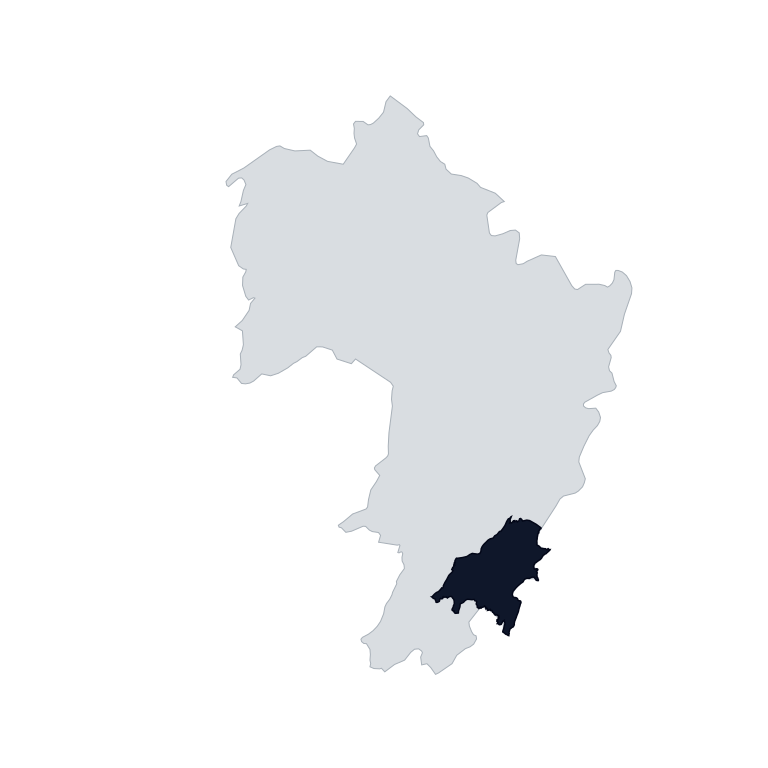 location of Beyla, Beyla, Guinea, rotated 34°
{"feature_id": "49546643B61238663992809", "entity_name": "Beyla", "entity_type": "district", "adm_level": 2, "iso_a3": "GIN", "parent_name": "Guinea", "parent_adm1": "Beyla", "projection": "equal_earth", "projection_center": [-8.173, 8.91], "detail": "fine", "context": "in_parent", "style": "filled", "palette": "ink", "viewbox_px": 768, "rotation_deg": 34, "n_neighbors": 0, "source": "geoboundaries", "source_scale": "gbopen_adm2", "svg_char_len": 9784}
<svg xmlns="http://www.w3.org/2000/svg" viewBox="0 0 768 768"><g transform="rotate(34 384 384)"><path d="M453.5,513.3L448.4,512.3L446.2,513.6L439.4,524.2L435.3,528.3L429.1,527.0L426.8,527.8L425.1,526.6L427.4,520.8L430.7,509.3L439.0,497.7L439.2,495.2L435.8,488.5L432.3,479.2L432.3,469.3L431.6,462.2L424.3,460.2L423.0,459.0L422.8,456.6L426.9,444.2L427.3,441.7L426.8,439.5L422.3,433.2L415.3,421.5L403.3,397.6L398.8,392.5L394.6,385.2L392.9,380.6L388.5,378.9L346.4,379.2L345.6,385.4L331.1,389.6L322.2,384.8L312.3,387.6L307.4,390.8L303.6,404.8L301.5,407.8L299.3,414.1L297.4,417.5L295.2,424.4L290.4,434.2L285.4,440.6L277.0,444.0L274.3,454.4L272.3,458.2L269.1,461.3L265.6,463.2L258.7,461.2L254.8,463.1L254.2,460.5L256.4,452.3L254.7,448.0L248.1,439.5L247.5,435.4L245.5,430.1L236.9,419.1L228.7,419.8L231.0,410.6L231.0,398.4L228.3,391.8L229.0,385.0L227.5,385.4L224.8,390.1L220.4,388.6L211.6,381.4L207.2,374.3L206.7,368.4L205.7,366.0L203.0,367.3L197.4,367.2L180.6,356.5L168.8,329.8L168.5,323.7L170.3,313.4L170.0,310.5L164.4,317.4L163.4,312.8L159.2,302.1L158.0,295.9L154.0,293.2L150.8,292.7L148.3,294.7L144.8,307.3L142.4,307.2L139.8,304.5L140.5,295.2L147.0,283.4L158.2,253.9L162.1,247.1L164.6,244.8L169.7,244.5L179.8,240.6L192.1,231.4L201.6,232.1L212.7,231.0L227.3,224.6L227.5,204.8L227.1,200.4L222.0,196.5L219.0,193.0L216.4,188.6L213.3,185.5L213.5,182.2L219.9,178.0L225.8,178.1L227.8,176.4L229.3,173.6L231.0,166.5L231.6,158.9L227.8,148.8L228.1,141.7L249.3,142.7L261.0,144.7L270.5,145.2L272.0,146.9L270.7,153.8L271.9,157.9L275.1,159.0L280.5,154.2L283.2,155.3L289.2,161.3L294.7,163.0L300.7,166.2L306.4,168.0L311.5,167.8L315.3,171.2L322.4,172.3L331.5,168.0L338.7,166.1L348.9,165.6L354.1,167.0L369.6,163.6L381.7,165.5L379.8,167.9L374.2,183.7L374.8,186.5L387.0,199.9L390.0,200.9L393.3,199.1L398.6,192.9L402.8,186.2L406.9,182.9L411.6,183.1L415.3,187.8L424.0,207.7L426.2,210.2L428.3,210.2L432.1,206.5L434.1,202.1L442.3,189.0L454.8,182.5L484.7,197.5L489.0,198.6L491.6,197.5L495.4,188.6L506.6,181.0L512.0,178.9L515.1,178.7L516.3,176.3L516.9,172.6L516.3,168.9L512.8,162.2L512.7,160.2L514.7,158.9L519.0,157.9L524.5,158.6L530.7,161.5L535.8,165.7L538.7,170.7L544.3,191.7L550.6,208.1L550.3,230.2L553.1,232.4L556.1,233.4L557.6,235.1L560.6,244.2L563.5,246.9L566.9,247.5L573.4,253.3L577.6,255.6L578.1,257.4L578.0,259.8L576.4,262.8L570.1,268.9L567.0,274.2L560.7,286.7L560.5,289.0L561.8,290.7L564.5,291.0L567.3,290.1L573.1,285.6L577.7,287.2L582.2,290.7L583.8,294.3L584.2,299.1L583.2,305.2L583.0,312.1L584.5,323.8L586.8,335.4L589.1,339.7L603.9,350.0L605.3,353.9L606.1,358.2L605.0,364.1L603.5,367.5L595.4,376.6L594.2,381.0L594.8,389.1L595.4,423.4L598.6,429.2L602.4,432.1L611.3,430.5L611.0,440.0L609.8,450.7L615.0,454.0L617.6,457.2L619.1,460.3L610.9,465.9L608.5,469.3L607.4,478.2L607.7,486.4L618.7,492.3L623.0,499.2L624.8,506.4L625.5,519.9L624.5,523.0L621.7,523.0L616.1,514.8L607.5,513.9L601.2,512.4L590.5,513.4L588.8,515.9L587.5,533.9L590.1,536.9L595.1,540.3L598.4,541.8L601.2,541.3L603.3,543.6L603.8,549.5L602.3,553.8L599.5,557.8L596.0,568.2L596.8,577.8L590.8,593.0L589.1,595.9L581.2,592.9L576.0,591.9L572.3,595.8L567.1,589.9L566.1,585.2L564.3,584.3L560.8,584.2L557.6,586.8L556.2,591.6L555.5,601.4L549.6,610.6L545.6,622.2L540.8,621.1L539.8,622.5L534.8,625.5L530.5,626.3L529.3,623.2L526.8,620.8L524.0,615.9L520.8,611.9L514.7,609.1L512.3,610.4L509.5,610.1L507.6,608.5L507.8,606.1L511.0,600.1L512.9,594.6L513.9,588.6L513.9,582.8L512.2,574.7L509.4,568.3L508.8,564.6L509.1,559.3L508.5,554.4L507.6,551.8L506.3,542.5L504.7,540.8L503.8,533.3L504.1,525.6L501.7,522.7L498.0,520.6L495.8,517.6L494.5,514.3L493.1,513.3L492.0,513.5L490.9,515.6L489.7,516.0L487.5,508.9L486.6,508.6L485.1,510.2L468.0,518.2L465.8,511.4L462.5,510.2L456.8,512.9L453.5,513.3Z" fill="#d9dde1" stroke="#a8b0b8" stroke-width="1"/><path d="M588.2,517.1L588.3,516.9L588.4,516.7L588.5,516.4L588.4,515.8L588.5,515.4L588.9,515.0L589.0,515.0L589.0,515.5L589.7,515.7L589.9,515.5L589.7,514.8L589.8,514.6L590.2,514.4L590.3,514.2L590.8,513.6L591.4,512.4L591.3,511.8L591.4,511.7L592.1,511.9L592.3,512.0L592.6,511.9L592.8,512.0L593.2,512.6L593.7,512.2L594.0,512.3L594.1,512.5L594.0,512.8L594.1,513.2L594.3,513.4L594.4,512.9L594.7,512.8L595.0,512.4L595.2,512.5L595.6,513.0L595.9,513.1L596.1,512.9L596.4,512.9L596.5,513.7L597.6,512.7L597.9,511.6L598.1,511.4L599.0,512.1L599.3,512.0L599.8,511.6L600.1,511.4L600.5,511.5L600.8,511.9L601.0,512.0L601.5,512.4L601.9,512.5L602.4,512.3L602.9,512.4L603.8,513.0L604.2,512.9L604.6,512.9L605.0,513.3L605.4,513.4L605.7,513.2L605.9,512.5L606.4,512.1L606.6,512.0L606.9,512.5L607.2,512.4L607.7,512.5L608.2,511.9L608.5,511.8L609.1,512.7L610.0,513.2L610.2,513.4L610.1,513.6L609.5,513.7L609.8,514.1L610.3,515.1L610.3,515.7L610.2,515.8L609.9,515.2L609.8,515.3L609.5,516.3L609.6,516.6L610.3,516.5L610.4,517.7L611.5,517.9L612.0,517.7L612.1,517.9L611.9,518.9L611.9,519.3L612.6,518.9L614.2,519.1L614.5,518.9L615.5,517.9L615.6,517.6L615.2,514.7L615.3,513.6L615.6,513.1L615.8,512.8L616.1,513.5L616.3,513.6L616.6,513.7L617.1,513.7L617.4,514.0L617.7,514.6L618.1,514.8L618.4,515.2L618.9,517.0L620.0,519.8L620.8,522.7L621.3,523.2L623.1,523.1L624.6,523.4L624.9,523.2L625.4,523.3L625.8,523.1L626.7,523.0L627.5,523.1L628.2,522.8L627.6,521.9L627.5,521.2L627.3,520.8L626.5,520.0L626.0,518.3L625.6,517.2L625.5,516.5L625.6,516.0L625.9,515.6L626.1,514.6L626.5,513.8L626.9,513.2L626.9,512.8L626.8,511.4L626.5,510.5L625.7,509.4L625.4,508.5L625.3,508.2L625.1,508.0L624.4,504.8L624.3,504.7L624.1,503.4L624.0,503.1L623.5,501.5L623.4,500.7L622.7,497.7L622.5,497.1L621.9,495.7L621.7,495.1L620.9,492.7L620.8,491.9L620.5,491.4L620.1,490.2L620.0,489.3L619.8,488.6L619.4,488.2L618.9,487.7L618.3,487.6L616.8,488.3L616.1,488.3L614.6,487.3L613.6,487.2L612.7,487.4L611.0,488.3L610.0,488.3L609.3,488.0L608.4,487.1L607.9,486.4L607.0,484.3L606.9,483.3L607.4,479.1L608.0,476.2L609.0,472.6L609.9,470.4L609.9,470.1L609.7,468.5L609.8,467.1L610.6,465.8L611.3,465.0L613.3,463.9L614.1,462.2L614.3,461.9L614.9,461.2L616.8,460.1L617.4,460.4L617.5,460.6L618.3,461.0L619.1,461.2L619.9,461.6L620.6,461.4L621.8,460.8L621.8,460.5L621.5,460.0L620.6,459.5L620.2,458.9L619.6,458.8L619.1,458.4L618.4,458.0L617.5,456.6L617.1,456.3L616.8,456.0L616.8,455.3L616.8,455.0L615.8,454.2L615.1,454.1L615.0,453.8L615.5,452.4L615.4,451.9L615.0,451.6L614.1,451.6L613.0,452.6L612.2,453.4L610.5,452.1L610.0,451.5L609.9,451.2L609.7,450.8L609.5,449.6L609.3,448.5L609.3,448.1L610.0,446.5L610.6,444.6L611.0,444.0L611.3,442.8L611.6,442.5L611.8,441.6L612.0,440.4L612.0,440.1L611.9,439.7L611.9,437.5L611.8,437.0L611.8,436.7L612.2,436.3L612.4,435.6L612.6,434.9L613.2,434.1L613.5,432.5L613.7,432.1L613.8,431.3L613.9,431.0L613.8,430.8L614.0,430.4L613.9,430.0L614.0,429.5L614.3,429.6L614.4,429.3L614.3,428.5L613.8,429.0L613.3,428.9L612.8,428.7L612.1,428.7L612.0,429.0L611.9,429.7L611.6,430.4L611.4,430.4L610.0,430.2L608.6,431.1L608.2,431.3L606.5,432.2L605.5,432.4L605.2,432.2L604.5,432.1L603.7,431.7L601.3,431.9L600.4,431.7L599.6,430.1L599.1,429.7L598.9,429.3L597.9,427.7L597.7,426.9L597.4,426.7L597.3,426.2L597.0,426.0L596.8,425.5L596.7,424.9L596.3,424.3L596.2,423.8L595.9,423.4L595.6,422.7L595.6,422.4L595.3,421.7L595.4,421.1L595.6,420.8L595.0,420.2L594.6,420.1L594.5,419.7L594.7,419.2L594.4,418.0L594.5,417.6L594.4,417.1L594.5,416.9L594.9,416.5L594.8,415.6L594.7,415.5L588.8,415.2L581.1,415.8L578.5,417.0L576.3,419.3L575.4,420.1L573.9,419.3L572.5,419.1L571.8,419.9L572.4,421.9L571.6,423.8L570.5,423.2L570.0,423.8L569.1,425.3L568.6,424.3L567.8,425.0L567.6,427.8L566.3,428.2L565.9,428.8L565.4,426.9L564.5,426.5L564.0,424.1L563.7,422.8L563.5,423.2L563.4,425.0L562.5,426.3L562.5,428.1L562.7,430.0L563.1,431.9L563.4,433.7L563.4,435.6L563.4,437.5L563.3,439.3L563.3,440.4L562.2,441.8L561.9,445.6L560.7,447.9L560.6,450.8L558.6,453.0L557.6,455.2L557.2,457.3L557.0,458.5L556.7,459.7L556.4,461.4L556.3,463.8L556.7,466.2L558.0,468.7L558.2,470.9L556.9,472.6L553.8,474.2L551.9,475.1L550.5,477.4L549.5,480.0L549.1,480.7L548.8,481.1L547.6,482.4L546.0,484.1L542.9,486.9L542.5,487.3L542.2,487.5L541.7,487.7L541.1,487.5L541.5,487.8L541.4,489.0L541.7,490.9L542.0,491.1L542.2,491.9L542.3,492.8L542.9,492.6L542.8,494.3L543.9,494.5L543.7,494.9L543.3,495.4L543.8,496.0L543.8,496.4L543.8,497.1L543.5,497.7L543.7,498.3L544.0,498.3L543.8,499.1L543.9,499.9L544.6,500.1L545.6,500.1L545.7,501.3L545.6,502.4L545.3,503.5L545.1,504.5L544.9,505.4L544.8,506.4L544.9,507.6L545.0,508.1L545.1,509.2L545.3,510.6L545.4,512.0L545.4,513.1L545.5,514.6L545.8,516.6L546.0,518.0L546.7,519.2L546.7,520.2L546.4,520.6L545.9,520.7L545.8,522.2L545.6,523.7L545.4,525.1L545.0,526.1L544.1,527.5L543.6,529.1L543.3,530.2L543.0,532.3L542.7,533.7L542.6,533.8L543.1,533.8L543.4,533.9L543.9,534.0L544.4,534.0L544.8,534.2L545.4,533.9L546.5,533.7L547.1,534.2L547.4,534.2L547.6,534.4L547.9,534.8L548.7,535.2L549.2,535.8L550.0,535.5L550.6,534.8L551.3,533.5L551.4,533.2L550.7,531.2L550.7,530.3L551.4,530.0L552.1,529.8L552.6,529.0L552.0,528.0L552.0,527.2L552.8,527.4L553.1,527.3L553.5,526.4L554.0,526.2L554.5,526.2L554.9,525.6L555.6,525.9L556.2,526.0L556.5,525.1L556.9,524.1L557.5,523.4L557.9,522.9L558.8,522.4L559.9,522.8L561.2,523.3L561.8,523.3L562.5,523.7L563.4,524.6L564.1,525.3L564.6,526.2L565.1,526.6L565.4,527.9L565.6,529.2L566.2,530.3L566.2,531.4L566.4,532.7L566.8,533.3L567.3,533.5L567.8,533.4L568.0,533.2L568.5,533.5L568.8,533.2L569.2,532.9L569.8,534.0L570.8,534.3L571.7,534.0L572.6,533.2L573.2,532.7L573.6,532.5L573.7,532.2L572.7,530.5L572.2,528.7L571.7,526.8L571.2,525.6L570.4,524.3L570.2,523.5L571.0,522.3L571.3,521.8L571.7,521.1L572.0,520.4L572.3,518.3L572.9,516.7L573.6,515.8L575.1,514.9L576.1,514.4L577.6,513.6L578.5,512.7L579.3,512.2L579.6,512.4L580.8,512.9L581.8,512.3L582.5,512.6L583.0,513.6L583.4,514.7L584.1,515.3L585.4,515.4L585.9,516.8L586.6,517.1L587.3,516.5L587.7,516.8L588.0,517.0L588.2,517.1Z" fill="#0f172a" stroke="#020617" stroke-width="1.5"/></g></svg>